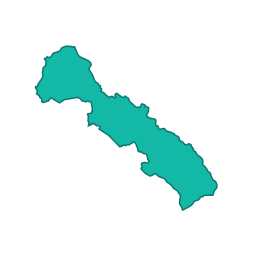 outline of Manica, rotated 122°
{"feature_id": "MOZ-1192", "entity_name": "Manica", "entity_type": "Province", "adm_level": 1, "iso_a3": "MOZ", "parent_name": "Mozambique", "parent_adm1": "", "projection": "robinson", "projection_center": [33.487, -18.999], "detail": "fine", "context": "isolated", "style": "filled", "palette": "teal", "viewbox_px": 256, "rotation_deg": 122, "n_neighbors": 0, "source": "natural_earth", "source_scale": "10m", "svg_char_len": 5904}
<svg xmlns="http://www.w3.org/2000/svg" viewBox="0 0 256 256"><g transform="rotate(122 128 128)"><path d="M110.6,103.7L111.3,102.5L112.4,101.7L112.5,101.2L112.3,100.4L111.6,99.6L109.9,98.1L109.4,97.2L109.2,96.6L109.3,96.3L109.8,95.4L110.1,94.5L110.1,94.2L110.0,92.9L108.7,88.6L108.7,87.7L108.9,86.5L108.4,85.9L108.4,85.5L108.6,85.2L109.1,84.7L109.3,84.2L109.2,83.4L108.8,82.3L108.7,81.5L108.8,80.7L109.0,79.8L109.4,79.1L110.0,78.8L111.0,78.1L111.1,76.6L111.0,74.8L111.1,73.2L111.7,71.7L111.9,70.9L111.7,70.0L111.2,69.3L109.9,68.6L109.2,68.1L109.1,67.7L108.7,66.3L108.7,65.9L108.9,65.6L109.2,65.4L109.5,65.1L110.9,62.0L111.4,61.1L112.3,60.7L112.6,59.6L112.5,59.0L112.3,58.4L112.3,58.2L113.0,57.2L114.3,54.2L114.4,53.9L114.4,53.6L114.1,52.7L114.1,52.2L114.4,51.1L114.5,50.2L114.9,49.0L115.6,47.8L116.3,47.2L116.8,46.6L117.2,46.4L118.7,46.1L119.2,45.6L119.4,45.3L119.7,43.7L120.8,39.9L122.2,37.7L122.3,37.3L122.4,36.9L122.4,36.5L122.5,35.8L122.5,35.0L122.6,34.3L123.4,33.3L123.8,32.9L124.4,32.7L124.6,32.5L124.9,31.7L126.9,28.8L127.1,28.4L127.2,28.1L126.9,27.5L126.9,27.3L127.0,26.4L126.9,25.4L127.2,25.2L128.4,23.2L129.2,22.4L130.1,21.7L131.1,21.3L132.3,21.1L135.9,21.5L136.5,21.4L138.1,20.8L138.6,20.7L139.9,20.7L140.0,20.5L140.7,21.4L141.7,23.2L142.9,24.9L144.0,26.8L144.7,27.5L145.6,28.0L146.0,28.1L146.7,28.2L147.1,28.4L147.4,29.5L147.7,29.9L148.3,30.1L149.6,29.7L150.1,29.8L151.3,30.1L152.0,30.4L153.8,32.1L154.4,32.5L155.0,32.8L157.4,32.9L159.8,33.4L161.8,34.1L168.6,38.2L166.4,41.0L165.7,42.7L165.3,43.4L164.2,44.6L163.9,44.8L161.3,46.1L159.2,46.8L158.1,47.4L157.5,47.9L157.3,48.2L155.1,53.1L155.1,53.4L155.0,54.0L155.1,56.3L155.0,57.1L154.8,58.0L154.1,59.5L153.6,61.3L153.3,63.3L153.3,65.5L153.2,66.1L151.7,69.9L151.6,70.4L151.7,71.0L152.7,75.4L152.8,76.0L152.3,80.0L152.3,80.6L152.4,81.0L152.7,81.3L155.7,82.6L155.9,82.7L156.6,83.7L157.0,84.1L157.2,84.3L157.2,84.8L157.0,86.6L157.3,87.3L157.3,88.4L157.1,90.1L156.2,93.7L155.8,95.0L155.2,95.6L153.7,95.4L153.2,95.5L152.8,95.8L151.7,97.5L151.0,97.7L150.3,97.4L149.8,97.1L149.4,96.7L148.7,96.1L148.3,95.6L148.1,94.4L147.7,93.6L147.0,92.8L146.5,92.6L144.9,92.3L144.6,92.9L144.4,94.2L144.2,94.6L143.4,95.4L142.5,96.0L141.9,96.5L141.4,97.3L140.4,98.5L140.4,99.2L141.3,100.9L141.5,101.5L141.4,102.5L141.1,103.7L141.1,104.2L141.1,104.3L141.7,104.5L141.9,105.4L142.3,106.2L142.4,106.8L141.6,108.0L140.8,108.4L140.2,109.3L139.7,109.7L138.9,111.0L137.8,112.2L137.3,113.0L137.1,113.4L136.8,114.9L136.7,115.4L137.1,116.4L138.3,116.4L138.8,116.6L140.0,117.4L141.3,117.9L141.7,118.2L141.9,118.6L142.2,119.5L142.6,119.8L143.7,120.3L144.1,120.6L144.3,121.1L144.7,122.5L145.1,122.9L145.4,123.1L146.3,123.2L146.7,123.5L147.1,124.3L147.5,124.7L147.9,124.8L148.2,124.8L148.0,126.1L144.4,140.8L144.3,151.1L144.3,151.8L144.0,152.1L143.6,152.2L142.7,152.2L142.0,152.4L141.6,152.6L141.5,153.2L141.7,154.1L142.6,155.6L142.6,157.0L142.4,159.0L142.5,160.2L143.7,160.3L144.0,160.5L144.2,161.1L144.5,161.4L145.5,161.5L145.9,161.8L146.4,162.4L147.1,162.7L146.3,163.1L145.4,163.2L145.0,163.6L144.1,164.2L143.8,164.6L143.4,165.4L143.0,165.8L141.5,166.4L140.8,167.1L139.6,167.4L139.1,167.7L138.1,169.5L137.4,169.6L137.1,169.4L136.2,168.4L135.5,168.0L135.1,166.9L135.0,166.7L134.6,166.7L133.4,167.4L132.3,167.4L131.9,167.5L131.0,168.3L129.9,168.9L129.4,169.4L129.2,169.7L125.9,172.6L125.7,172.9L125.7,173.1L126.6,176.6L126.9,176.9L127.8,177.3L128.2,177.7L128.5,179.5L129.0,180.3L129.3,181.0L129.3,181.5L128.6,183.6L128.5,184.1L128.6,186.2L128.7,186.8L137.7,197.0L138.2,197.3L142.4,199.0L142.8,199.3L143.0,199.8L143.0,200.3L143.2,208.8L143.3,209.3L143.6,209.5L144.0,209.5L146.9,209.8L147.3,209.9L150.9,213.0L151.3,213.5L151.4,213.9L151.4,214.5L151.2,215.1L150.8,215.6L150.5,215.8L149.2,216.6L148.8,217.3L148.8,217.6L148.9,218.5L148.8,219.0L147.9,219.7L147.8,220.2L147.7,220.8L147.5,223.7L145.7,223.9L145.1,224.3L144.3,225.2L143.3,226.7L143.0,227.7L142.6,227.9L142.2,228.1L141.8,228.2L141.6,228.0L141.3,227.3L140.5,227.1L139.6,227.1L137.6,227.5L131.4,227.2L130.0,227.4L128.7,227.8L126.3,229.9L125.5,230.4L124.1,230.8L122.7,231.5L122.0,231.8L121.1,231.7L119.7,231.1L118.9,231.0L118.3,231.1L116.1,232.1L115.4,232.6L114.7,233.3L114.2,234.1L113.6,235.5L112.9,235.2L112.0,234.4L110.6,234.3L110.3,234.0L110.2,232.8L110.0,232.2L109.4,231.6L108.8,231.2L108.3,231.0L107.7,230.9L105.7,231.2L105.0,231.2L104.4,231.0L103.8,230.7L99.8,227.3L98.4,226.7L97.7,226.6L95.4,226.7L94.8,226.4L92.8,225.0L91.2,223.6L88.6,218.6L88.9,217.9L88.9,217.6L88.5,217.5L88.2,217.1L87.6,216.7L87.4,216.3L92.0,210.0L92.8,208.2L93.1,206.6L92.0,197.8L92.1,196.1L92.5,194.4L93.6,192.8L95.2,192.6L96.9,192.8L98.4,192.5L99.3,191.4L101.6,186.6L105.5,181.3L105.8,180.7L106.0,180.1L106.2,178.9L106.2,178.6L106.0,178.0L105.9,177.7L106.0,177.3L106.5,176.3L106.7,175.7L106.9,173.7L107.3,173.3L108.4,173.0L108.7,172.4L108.9,171.1L109.4,170.7L111.3,170.7L111.0,169.4L111.1,166.4L111.8,164.0L111.9,162.2L112.1,161.3L112.2,160.5L111.9,160.0L111.1,159.7L110.3,159.1L109.7,158.5L109.4,157.7L109.7,156.1L109.6,155.3L109.0,154.9L108.3,155.1L107.3,156.3L106.5,156.6L105.6,156.5L105.0,156.4L104.6,155.9L104.4,155.0L104.6,154.6L104.9,153.8L104.8,152.5L105.0,149.5L105.0,148.8L104.8,147.9L104.3,147.7L103.6,147.8L102.9,147.7L102.5,147.2L102.5,146.4L102.7,144.7L102.6,143.5L102.7,143.1L104.1,141.4L104.6,140.5L104.9,139.8L105.0,139.1L105.0,138.0L106.1,132.9L105.8,131.5L105.5,131.1L104.9,130.5L104.6,129.2L104.3,129.0L104.0,128.8L103.3,128.8L101.1,129.1L100.6,129.1L100.2,128.9L99.9,128.6L99.8,128.1L99.9,127.5L99.8,127.1L99.6,126.2L99.6,125.7L100.0,125.3L100.8,124.7L100.3,124.4L100.1,123.8L99.9,121.5L99.9,121.2L103.4,119.4L104.5,119.2L105.9,119.3L106.9,119.2L107.5,118.7L107.9,117.8L108.1,116.7L108.2,115.3L107.9,114.2L106.9,111.8L106.4,110.4L106.3,109.5L106.4,108.8L106.8,108.3L108.1,107.7L110.2,106.5L110.9,106.0L111.1,105.1L111.0,104.7L110.5,104.1L110.5,103.7L110.6,103.7Z" fill="#14b8a6" stroke="#0f766e" stroke-width="1.5"/></g></svg>